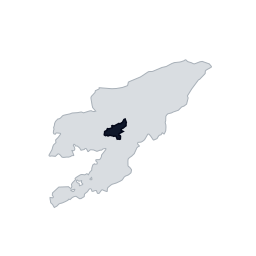 Toguz-Toro, Jalal-Abad, Kyrgyzstan shown in context, rotated 335°
{"feature_id": "92254566B7375851562443", "entity_name": "Toguz-Toro", "entity_type": "district", "adm_level": 2, "iso_a3": "KGZ", "parent_name": "Kyrgyzstan", "parent_adm1": "Jalal-Abad", "projection": "equal_earth", "projection_center": [74.04, 41.261], "detail": "fine", "context": "in_parent", "style": "filled", "palette": "ink", "viewbox_px": 256, "rotation_deg": 335, "n_neighbors": 0, "source": "geoboundaries", "source_scale": "gbopen_adm2", "svg_char_len": 4198}
<svg xmlns="http://www.w3.org/2000/svg" viewBox="0 0 256 256"><g transform="rotate(335 128 128)"><path d="M58.7,151.4L59.3,151.1L61.3,150.7L65.2,150.3L66.5,150.6L69.1,152.2L71.2,152.0L71.6,152.2L72.3,153.6L75.2,151.6L77.2,151.0L78.3,149.0L80.5,146.6L82.4,146.2L82.4,146.6L82.8,146.9L84.7,147.5L85.3,146.9L85.6,146.0L85.0,144.6L85.0,144.0L85.6,143.2L88.6,144.5L89.3,144.5L90.7,143.7L92.0,142.5L92.5,141.4L98.7,138.2L99.2,137.6L99.1,137.1L96.5,136.4L95.3,136.8L94.2,136.8L93.5,136.3L90.4,136.1L89.7,135.8L87.6,133.4L85.0,131.9L83.7,132.0L82.2,132.6L81.7,132.4L81.6,130.1L81.3,128.8L80.4,128.5L79.2,129.0L76.0,128.3L75.7,125.5L74.5,123.0L72.8,122.0L72.8,120.5L72.2,119.9L71.7,120.1L71.0,120.8L71.3,122.5L71.1,124.1L70.7,124.9L69.9,125.5L69.1,125.6L67.7,124.7L67.4,129.7L67.1,130.0L65.3,129.3L64.0,129.6L61.9,129.3L60.3,128.5L57.3,127.5L55.9,126.6L55.0,123.3L54.2,122.1L53.4,121.9L50.2,123.0L46.9,121.0L45.3,120.6L44.8,119.9L44.9,119.2L50.0,115.5L52.1,113.0L53.3,111.9L56.5,110.8L57.3,108.4L57.5,108.2L60.8,107.0L64.4,105.0L64.5,104.4L64.1,104.0L60.9,102.1L59.3,102.9L58.3,101.9L58.3,100.8L59.4,98.9L60.4,97.9L60.8,96.1L62.1,94.9L63.4,92.9L65.1,91.4L68.1,90.2L69.8,90.6L71.4,90.3L73.8,89.3L75.3,89.3L81.6,90.7L83.7,90.8L88.6,92.7L92.4,93.7L94.2,95.5L100.4,96.3L102.0,96.8L102.6,97.7L104.4,98.9L105.9,99.1L104.6,94.7L105.1,92.1L107.1,85.0L108.1,83.9L113.1,81.9L114.2,80.4L117.8,80.4L118.5,80.2L118.9,79.3L130.0,85.6L134.2,87.3L140.0,88.9L145.0,89.4L145.8,89.1L147.7,86.6L148.7,86.5L160.9,87.0L169.6,85.7L170.8,85.7L174.1,87.1L184.4,87.5L188.5,88.4L194.9,88.1L197.6,88.3L202.5,90.0L204.2,90.4L207.4,90.7L208.6,90.4L209.3,90.8L210.1,93.0L213.2,95.8L214.3,97.3L215.5,98.0L221.2,98.4L223.4,99.0L228.8,104.3L229.6,107.5L229.1,108.1L223.5,108.5L222.2,109.0L220.9,111.3L213.4,114.2L212.3,114.1L202.3,119.5L195.4,124.0L195.2,126.2L191.2,131.1L188.1,131.8L185.5,131.6L181.2,133.2L175.7,132.6L173.8,132.7L170.2,132.0L168.8,132.4L167.2,133.4L165.2,137.4L164.3,138.3L163.9,139.2L163.6,141.2L162.8,143.2L161.1,146.3L159.5,147.8L158.1,148.7L157.0,146.8L155.1,148.1L153.3,147.8L152.3,148.2L149.8,149.9L146.2,149.8L145.8,149.2L145.1,144.7L144.4,142.5L143.9,142.1L143.3,142.0L138.1,145.6L135.7,146.2L133.7,146.3L131.2,145.3L130.6,145.5L130.1,146.1L130.0,146.8L130.7,148.9L130.5,149.3L129.4,149.2L127.7,149.7L122.8,153.9L119.6,155.0L116.7,155.5L115.0,156.2L114.0,157.8L112.1,162.1L112.1,163.1L112.9,164.2L113.5,166.9L113.4,167.6L111.8,169.8L109.8,170.4L108.3,170.7L105.3,170.5L103.7,170.9L100.9,172.6L98.5,172.9L94.1,172.9L89.8,172.3L88.3,172.5L84.5,173.5L83.2,175.0L82.5,176.5L82.1,176.7L80.6,175.4L78.6,173.1L77.7,173.1L74.2,175.0L73.7,174.9L72.7,174.2L72.9,171.4L71.8,170.8L69.4,170.6L68.6,170.0L68.9,168.2L68.6,167.5L68.0,167.0L66.8,167.1L64.3,168.6L61.5,169.2L60.5,169.7L59.3,171.7L55.5,172.1L54.2,171.6L52.0,167.9L50.0,167.4L48.0,167.5L45.2,168.4L44.6,167.7L43.8,167.4L43.2,168.1L39.8,168.2L36.4,168.1L34.5,167.7L33.2,167.7L30.6,168.7L27.6,168.9L27.3,165.4L26.4,163.1L27.4,159.3L28.0,158.0L30.3,159.5L31.1,159.2L31.3,158.5L31.0,156.8L32.2,154.9L40.3,152.3L49.3,156.1L50.4,158.5L51.2,158.4L52.4,157.3L52.9,155.2L54.6,154.1L58.5,152.7L58.7,151.4ZM63.2,159.9L63.4,159.5L62.7,157.8L63.7,156.1L61.9,155.8L60.9,155.3L59.9,153.6L59.6,153.6L59.0,154.0L58.7,155.1L59.0,156.3L60.3,157.5L59.6,159.8L62.3,160.1L63.2,159.9ZM53.8,161.5L53.8,161.0L53.1,160.8L49.8,160.1L49.9,160.6L51.2,162.4L52.1,162.5L53.8,161.5ZM73.9,158.5L74.1,157.4L72.1,158.0L71.8,158.6L72.5,159.3L73.4,159.5L73.9,158.5Z" fill="#d9dde1" stroke="#a8b0b8" stroke-width="1"/><path d="M116.4,134.8L117.8,132.2L117.6,131.4L116.7,130.7L117.2,129.5L117.4,129.4L122.2,129.1L121.2,127.8L120.9,126.7L122.0,126.0L123.8,126.0L125.5,125.5L127.1,125.2L127.6,124.4L127.8,123.5L128.8,122.4L129.2,118.6L127.9,118.6L125.4,120.5L123.8,120.6L123.5,121.0L122.4,120.8L121.7,120.0L116.3,120.3L115.0,119.2L114.2,119.2L113.9,121.0L112.3,121.0L110.4,120.7L109.2,119.9L108.4,120.3L107.9,121.3L106.0,121.2L105.2,121.5L104.8,122.4L103.8,123.7L103.6,124.3L104.3,125.4L106.0,125.7L106.2,126.5L107.2,127.0L108.2,126.7L111.2,129.0L111.5,129.5L112.9,129.8L113.7,130.5L113.6,131.5L113.5,133.6L114.3,133.7L115.3,134.6L116.4,134.8Z" fill="#0f172a" stroke="#020617" stroke-width="1.5"/></g></svg>